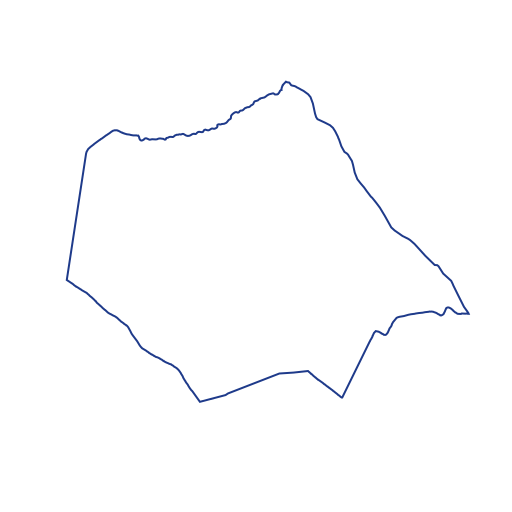 Nangade, Cabo Delgado, Mozambique (Mercator projection), rotated 74°
{"feature_id": "85939544B17838134976629", "entity_name": "Nangade", "entity_type": "district", "adm_level": 2, "iso_a3": "MOZ", "parent_name": "Mozambique", "parent_adm1": "Cabo Delgado", "projection": "mercator", "projection_center": [39.787, -11.149], "detail": "fine", "context": "isolated", "style": "outline", "palette": "blue", "viewbox_px": 512, "rotation_deg": 74, "n_neighbors": 0, "source": "geoboundaries", "source_scale": "gbopen_adm2", "svg_char_len": 6039}
<svg xmlns="http://www.w3.org/2000/svg" viewBox="0 0 512 512"><g transform="rotate(74 256 256)"><path d="M415.8,212.1L369.7,170.4L369.4,170.0L368.6,169.4L366.9,167.5L366.4,167.2L366.1,166.8L365.5,166.2L364.8,165.9L364.5,165.5L362.5,163.8L361.2,161.6L362.6,158.9L363.6,158.0L363.8,157.6L364.3,157.3L364.6,156.9L365.0,156.8L365.3,156.3L365.7,156.1L365.9,155.6L367.0,154.8L367.5,153.5L367.5,153.1L367.4,152.5L366.2,150.7L365.7,150.4L365.5,150.0L363.9,148.8L363.6,148.4L362.5,147.7L360.9,145.5L360.2,144.9L359.9,144.8L359.6,144.4L358.8,144.0L357.9,143.0L357.5,142.7L354.2,137.9L354.0,136.6L354.0,134.7L354.5,130.4L354.5,125.8L354.7,123.2L355.3,119.3L355.3,118.4L355.7,115.3L356.4,111.6L356.6,109.0L357.2,105.5L357.2,104.6L357.5,103.9L357.8,102.5L358.6,100.8L359.0,100.4L360.0,98.9L360.7,98.1L361.6,97.3L362.0,97.0L362.7,96.1L363.1,95.9L363.4,95.4L363.9,95.2L364.2,94.3L364.0,93.0L363.5,91.7L361.9,90.3L361.7,90.0L359.1,88.0L359.0,87.7L358.6,87.5L358.4,87.1L358.3,86.0L358.6,84.9L359.9,83.4L360.8,82.7L362.5,81.6L363.5,81.2L363.9,80.8L365.1,80.1L365.4,79.6L366.7,78.6L367.3,77.8L368.2,74.9L368.0,74.0L369.1,70.8L369.5,69.1L370.0,68.2L370.2,67.5L369.4,67.6L367.5,68.2L362.2,70.1L349.5,72.5L338.4,74.5L337.8,74.5L333.7,75.2L324.5,80.9L316.1,83.4L314.8,84.3L313.9,86.7L302.5,93.2L288.1,100.3L283.3,103.4L281.6,104.8L277.2,109.6L269.7,115.7L265.8,118.1L253.0,121.1L243.7,123.6L237.7,125.9L232.0,128.3L230.6,129.2L223.9,131.8L219.9,133.2L215.1,135.4L210.2,137.4L203.0,138.1L194.9,137.6L191.1,137.6L186.5,138.9L183.9,139.6L182.5,140.4L180.3,142.3L174.1,143.7L166.4,144.1L166.0,144.3L163.9,144.4L158.0,145.5L154.0,146.7L150.7,148.8L146.6,153.2L141.4,159.2L139.1,159.9L135.3,160.0L125.1,159.3L118.3,159.8L114.9,161.3L110.4,164.8L108.1,167.2L107.0,168.2L106.7,168.6L105.9,169.4L105.0,170.4L104.2,171.0L103.3,172.1L102.0,174.5L101.7,174.8L101.5,175.1L98.5,176.2L97.4,178.5L96.7,179.2L99.0,183.1L99.4,183.2L99.6,183.6L101.4,184.9L103.0,185.7L103.4,185.7L103.4,186.4L103.9,187.4L105.6,189.0L105.9,189.7L106.4,190.2L106.5,191.1L106.1,192.8L106.0,193.2L104.5,194.4L104.3,195.1L104.2,198.9L104.7,201.0L105.2,202.1L105.9,204.1L105.7,208.4L106.1,208.8L106.0,209.3L107.0,211.5L107.0,214.7L107.6,215.5L109.2,216.8L109.7,218.1L109.8,219.1L110.6,220.5L110.8,221.1L110.9,222.0L110.7,222.7L110.6,223.6L110.8,224.5L110.7,225.3L110.9,225.9L112.1,228.2L112.3,229.2L112.0,230.8L112.2,231.6L113.1,232.8L113.2,233.4L113.2,233.9L112.8,234.4L112.2,235.4L112.1,236.5L112.5,238.0L113.0,239.2L113.6,240.3L114.3,241.2L116.6,242.2L117.2,242.8L117.7,244.7L119.5,247.3L119.9,248.4L120.1,250.3L119.7,252.5L119.8,253.4L119.7,254.2L119.2,255.2L119.1,256.0L119.2,256.5L119.6,257.2L120.7,257.3L121.6,258.0L122.0,259.0L122.2,260.0L122.2,261.2L121.3,263.1L121.5,264.5L122.0,265.9L122.1,267.0L121.7,268.1L120.5,270.0L120.8,271.4L122.0,272.6L122.1,273.7L121.8,274.5L120.9,276.5L120.9,277.6L121.2,278.5L122.0,279.9L122.1,280.4L121.9,281.1L121.4,281.8L121.3,282.8L121.4,284.2L121.7,284.9L122.0,286.3L122.0,287.4L121.7,288.7L121.0,289.9L118.7,292.1L118.4,293.0L118.5,294.8L118.0,295.8L117.9,296.7L118.0,297.4L117.6,298.7L117.8,300.7L118.6,302.4L118.7,302.8L118.6,303.5L118.0,304.9L117.7,306.3L117.8,307.1L118.0,307.9L117.9,309.5L118.3,310.1L119.0,310.6L119.1,311.3L118.9,311.8L117.9,312.7L116.5,315.9L116.3,317.5L116.5,319.0L116.3,320.3L115.1,323.7L115.0,325.4L114.8,326.4L113.3,328.1L112.5,329.3L112.5,330.8L113.2,331.8L113.5,333.2L113.5,334.1L113.2,334.7L112.7,335.2L111.7,335.6L110.5,335.7L109.3,335.6L107.8,336.0L107.7,336.7L107.2,337.5L106.2,340.8L105.3,342.7L104.4,344.2L103.3,346.8L102.8,347.5L101.9,349.0L101.5,349.3L101.4,349.7L101.0,350.1L100.8,350.5L100.4,350.7L100.2,351.2L97.5,354.0L97.4,354.4L97.0,354.7L96.7,355.5L96.5,355.9L96.5,356.3L96.2,357.2L96.2,359.2L97.0,361.6L97.6,363.0L97.8,363.8L98.7,366.5L98.7,366.8L99.6,369.1L100.7,372.1L100.8,372.9L101.3,373.8L101.3,374.2L103.7,380.7L104.0,381.2L105.5,385.0L106.9,387.8L109.1,390.1L110.7,391.1L226.9,444.5L232.9,439.4L233.6,439.1L235.4,437.7L235.6,437.4L236.0,437.3L236.2,436.9L236.5,436.7L236.7,436.4L238.2,435.1L238.5,434.9L238.7,434.6L239.3,434.2L239.9,433.5L240.7,433.0L245.0,428.8L246.2,428.2L246.9,427.6L248.5,426.8L250.4,425.4L253.7,423.4L254.5,423.1L255.7,422.2L256.4,422.2L257.5,421.6L258.6,420.8L259.5,420.3L260.3,419.7L261.0,419.4L261.4,419.0L264.3,417.4L264.6,417.1L266.0,416.3L266.3,415.9L269.5,414.0L271.1,412.6L272.0,411.5L272.3,411.3L272.5,411.0L273.4,410.2L273.7,409.8L274.0,409.6L274.6,408.8L275.9,407.5L276.6,407.1L276.9,406.7L278.4,405.8L279.4,405.3L279.7,405.0L282.1,403.6L282.7,403.0L284.5,401.6L284.9,401.5L286.5,400.0L286.9,399.9L287.0,399.6L287.8,399.1L289.2,398.5L293.5,397.5L296.4,397.0L297.5,396.6L297.9,396.5L305.2,393.7L310.0,392.4L312.2,391.5L312.5,391.2L313.2,391.0L316.4,388.0L317.1,387.4L317.8,387.0L318.0,386.7L319.2,385.7L319.6,385.6L320.8,384.4L321.2,384.2L321.4,383.9L321.7,383.7L321.9,383.3L322.3,383.1L322.4,382.8L323.1,382.2L323.4,382.0L323.6,381.7L323.9,381.6L324.1,381.2L325.1,380.4L325.6,379.8L325.8,379.4L326.3,378.6L328.0,376.7L328.6,376.4L329.6,375.2L331.3,374.0L331.4,373.6L331.8,373.5L332.8,372.5L333.1,372.1L333.4,371.9L335.2,369.6L335.6,369.3L336.9,367.3L337.3,367.2L338.7,365.8L339.4,365.5L342.0,363.1L342.7,362.8L343.0,362.5L344.8,361.6L346.5,361.0L346.8,360.9L348.0,360.5L348.4,360.5L351.1,359.7L353.5,359.4L355.5,358.8L355.9,358.8L357.1,358.3L357.5,358.3L358.8,357.9L360.7,357.1L362.2,356.8L364.7,356.1L367.1,355.2L368.3,354.5L380.7,350.1L381.3,323.6L380.4,320.8L375.4,265.9L378.4,252.1L380.9,237.7L382.1,237.0L382.4,236.7L383.8,235.9L384.1,235.6L384.6,235.5L384.8,235.1L387.6,233.5L388.0,233.1L389.2,232.4L389.4,232.1L390.6,231.5L390.8,231.2L391.2,231.0L391.6,230.6L392.2,230.4L392.4,230.0L393.5,229.1L396.5,226.7L396.9,226.5L397.1,226.3L398.0,225.8L398.2,225.4L399.5,224.6L399.8,224.3L401.0,223.5L401.4,223.0L401.9,222.8L402.1,222.5L402.6,222.3L402.8,222.0L403.6,221.5L403.9,221.1L404.6,220.7L406.2,219.4L407.0,219.0L408.0,218.1L408.3,218.0L411.3,215.8L412.1,215.4L413.1,214.5L414.7,213.5L415.7,212.6L415.8,212.1Z" fill="none" stroke="#1e3a8a" stroke-width="2"/></g></svg>